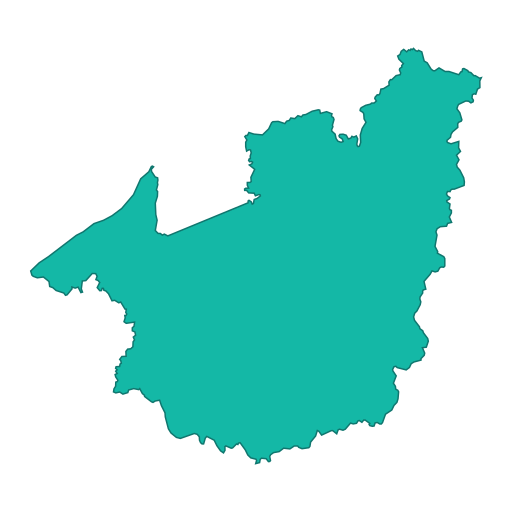 Rurópolis, Pará, Brazil (Natural Earth projection)
{"feature_id": "56859067B88659072528196", "entity_name": "Rurópolis", "entity_type": "district", "adm_level": 2, "iso_a3": "BRA", "parent_name": "Brazil", "parent_adm1": "Pará", "projection": "natural_earth1", "projection_center": [-55.157, -4.2], "detail": "fine", "context": "isolated", "style": "filled", "palette": "teal", "viewbox_px": 512, "rotation_deg": 0, "n_neighbors": 0, "source": "geoboundaries", "source_scale": "gbopen_adm2", "svg_char_len": 6037}
<svg xmlns="http://www.w3.org/2000/svg" viewBox="0 0 512 512"><path d="M426.3,347.2L428.3,341.2L427.7,338.5L423.5,332.9L422.7,330.7L419.9,328.7L419.4,326.7L414.5,320.3L413.6,316.9L414.7,313.2L416.9,311.0L420.2,304.7L420.8,301.8L419.8,299.0L420.1,296.9L422.7,293.0L422.6,291.2L423.3,289.9L425.8,289.2L424.0,281.4L430.1,274.3L432.0,270.9L435.1,271.9L437.8,271.2L439.8,267.7L441.3,267.0L443.7,267.2L444.8,266.0L444.8,258.6L443.8,256.7L437.4,253.2L437.7,251.6L435.0,246.4L437.0,235.1L435.9,231.8L437.1,228.7L440.3,226.7L446.5,226.2L447.6,223.4L451.6,222.4L449.3,217.0L451.4,212.9L451.4,210.3L449.8,209.6L449.4,208.4L450.0,204.0L447.0,202.0L446.7,200.6L449.5,199.0L450.0,197.6L447.6,196.0L446.5,194.1L446.9,192.8L447.5,191.5L450.1,191.6L450.5,190.3L452.0,189.2L454.4,189.1L464.1,185.4L464.4,181.9L463.7,177.8L459.9,170.2L457.2,167.1L456.5,164.4L459.0,159.8L456.5,155.2L460.5,151.4L458.6,147.9L458.8,141.4L451.0,143.8L447.7,142.6L446.9,141.6L447.1,140.2L450.5,137.3L451.0,134.4L452.5,131.9L457.8,127.4L457.7,123.6L458.8,122.2L461.2,121.2L461.9,119.9L459.8,112.8L456.9,108.8L457.8,105.8L458.6,104.4L465.7,101.0L468.6,101.2L470.9,102.9L473.1,101.8L473.4,100.2L472.0,98.0L472.4,94.7L474.1,93.8L475.8,94.2L477.5,89.1L479.9,87.6L479.8,80.9L481.3,77.7L479.6,78.2L475.2,75.6L473.9,75.7L470.9,72.6L468.5,71.9L467.8,70.6L463.9,68.5L462.6,68.9L462.0,71.6L460.8,71.9L458.8,74.7L449.0,71.5L445.1,71.5L439.0,67.9L434.8,70.8L433.2,70.7L431.1,69.1L427.2,62.8L424.2,61.1L421.8,51.9L418.5,50.3L417.5,51.3L415.6,50.6L413.5,48.4L412.3,49.6L411.0,49.0L410.1,50.4L408.7,49.8L406.7,51.8L403.7,49.4L401.2,51.3L400.0,54.5L397.7,56.0L398.9,59.2L403.4,63.6L401.7,65.5L401.9,67.0L399.8,68.5L399.4,70.0L400.7,72.9L400.2,74.7L396.1,75.6L391.8,79.7L390.4,79.6L388.9,81.9L389.1,85.2L383.6,88.6L380.9,89.1L379.9,93.7L378.8,94.9L377.2,94.8L375.1,97.2L374.8,98.6L376.4,101.0L374.2,103.0L371.5,103.1L370.5,104.1L365.7,105.3L361.2,107.7L360.3,109.1L360.1,110.6L363.1,112.5L363.8,114.1L364.1,118.9L366.0,122.3L362.2,128.4L360.3,135.0L360.7,142.4L359.4,146.2L358.0,146.6L357.2,145.7L356.8,144.1L357.7,138.9L356.3,135.9L353.8,137.1L351.9,136.3L350.8,138.1L348.3,138.9L346.2,135.2L343.1,134.2L339.9,134.4L339.0,135.8L339.5,137.1L342.2,138.9L343.2,141.5L341.1,142.3L337.9,141.2L336.1,138.6L335.1,134.1L331.8,131.1L331.7,129.5L332.9,126.7L332.4,125.3L334.0,119.5L333.3,117.5L332.0,116.9L331.5,115.4L332.0,113.8L326.6,111.7L320.4,113.4L319.7,110.1L318.3,109.8L312.2,111.2L305.9,114.5L302.9,115.0L301.4,116.8L297.9,115.7L294.8,118.6L290.8,118.0L289.3,120.4L286.6,121.2L284.9,123.6L278.2,121.4L272.9,121.7L271.6,122.7L268.7,128.9L262.5,134.9L253.9,134.1L248.9,132.5L247.4,135.5L246.0,135.4L244.8,136.6L246.9,140.0L245.7,142.2L245.7,146.7L246.6,151.1L249.0,149.7L250.5,150.0L251.2,152.9L250.2,156.0L250.4,158.6L249.2,158.9L248.6,160.4L249.6,161.8L251.3,161.4L252.6,162.2L251.8,163.9L249.3,165.0L254.7,169.3L250.9,177.3L251.2,181.5L250.2,182.4L247.3,182.5L247.3,185.2L248.6,188.1L245.6,188.3L244.6,189.0L244.7,190.4L246.6,190.4L248.7,192.9L254.2,193.2L255.4,195.8L258.7,194.6L260.0,194.7L260.4,195.9L257.0,198.5L254.2,199.5L253.4,203.5L252.2,204.1L251.2,201.8L249.0,200.3L248.1,201.0L248.1,202.8L167.8,235.9L164.3,234.1L162.3,235.1L160.4,233.5L158.0,233.4L155.3,230.5L157.1,220.2L155.8,214.6L155.3,203.1L157.4,196.3L157.6,191.5L156.4,190.0L157.8,184.6L157.4,182.7L157.9,180.1L157.6,177.8L155.2,177.0L151.5,171.4L151.4,169.2L153.6,166.8L152.5,166.1L151.4,166.5L148.8,171.8L140.7,178.8L133.5,194.7L121.7,208.5L112.1,215.7L103.5,220.3L94.0,223.6L83.1,231.9L76.4,235.3L48.4,256.7L39.2,262.8L30.7,271.0L31.9,275.1L33.2,276.3L37.3,277.8L43.4,277.0L49.0,281.5L49.7,286.5L52.8,287.6L56.1,290.5L63.8,293.0L65.5,295.3L67.1,294.8L72.0,288.9L71.9,287.0L75.2,288.1L78.1,287.1L80.9,292.6L82.5,292.1L81.3,288.9L82.3,281.0L85.8,280.6L92.2,273.5L95.7,273.6L97.1,276.3L95.9,279.6L98.2,280.6L99.7,282.5L97.2,287.6L99.8,290.7L101.4,290.6L102.2,288.3L103.4,288.4L103.9,290.3L105.8,290.9L108.5,293.7L112.0,300.8L114.7,300.3L118.8,302.8L120.7,302.0L125.0,309.1L126.3,309.2L125.8,312.5L126.8,314.0L126.0,315.5L124.8,315.5L125.2,317.9L124.0,321.7L126.2,323.3L134.6,322.1L134.0,326.3L132.3,327.8L132.3,330.8L134.9,331.9L135.6,335.2L133.3,337.1L134.5,339.9L133.1,341.8L132.9,346.8L130.7,348.8L127.7,349.1L125.9,351.4L126.1,356.3L121.9,356.5L119.7,359.4L120.8,360.7L121.3,363.2L120.1,364.0L119.6,366.5L116.1,366.7L115.6,368.3L117.2,369.8L115.7,371.2L117.2,373.5L115.1,374.5L115.7,376.9L117.9,380.3L117.3,381.6L115.8,382.1L115.6,386.3L114.0,388.8L113.5,391.9L115.8,392.9L119.7,392.0L122.9,394.1L127.8,392.6L128.6,390.0L133.7,388.6L138.7,389.6L139.7,388.6L142.4,393.6L144.4,395.2L144.6,396.5L151.5,401.8L153.0,402.4L155.2,401.0L159.6,400.2L161.4,405.6L165.0,412.8L165.3,416.9L168.4,428.8L171.0,433.0L176.4,437.4L180.4,438.4L194.3,433.5L197.2,434.3L199.3,436.8L199.5,440.2L200.6,442.7L202.0,443.9L203.6,443.9L205.3,438.1L206.8,436.4L214.2,440.2L216.9,445.7L220.6,450.9L223.5,452.9L225.0,450.3L224.9,446.6L225.9,445.9L231.2,448.2L232.6,447.9L236.5,444.0L237.9,444.5L238.4,443.2L240.1,442.7L245.3,449.9L247.8,455.0L250.8,457.9L256.0,459.2L256.6,460.4L255.7,463.6L259.6,462.6L260.2,459.3L261.5,458.2L266.2,458.7L268.4,461.6L269.7,461.5L270.5,460.6L269.7,456.5L270.6,454.7L273.6,452.6L279.2,451.6L283.6,448.2L289.9,448.9L294.2,446.0L297.7,446.0L298.7,447.3L302.0,448.7L308.8,447.7L309.9,446.4L310.6,442.1L315.6,436.0L317.3,430.5L318.9,431.3L321.6,435.1L331.1,430.7L332.7,430.6L336.7,433.8L338.1,429.9L339.4,429.2L343.0,430.2L345.3,429.2L350.5,423.1L353.2,423.9L356.5,423.3L358.0,420.9L359.2,420.5L361.9,422.3L363.7,420.1L365.2,420.1L369.8,423.4L369.1,424.4L369.8,425.6L372.4,426.3L374.1,426.0L375.1,422.9L377.3,422.5L379.8,424.0L381.3,424.0L382.5,422.6L385.5,414.2L391.8,410.0L394.0,405.4L396.9,402.4L398.0,398.8L398.6,391.8L397.8,390.3L395.7,389.1L395.4,386.3L393.4,383.2L396.2,375.9L392.9,370.9L392.6,369.5L394.0,366.7L395.9,366.3L397.2,367.6L406.2,369.9L409.4,367.5L411.2,363.7L413.9,362.0L421.0,360.1L421.0,358.6L424.2,355.3L424.7,353.1L422.4,347.7L426.3,347.2Z" fill="#14b8a6" stroke="#0f766e" stroke-width="1.5"/></svg>